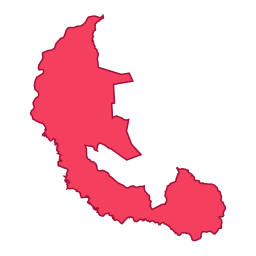 outline of Jussara, Goiás, Brazil
{"feature_id": "56859067B37096608449564", "entity_name": "Jussara", "entity_type": "district", "adm_level": 2, "iso_a3": "BRA", "parent_name": "Brazil", "parent_adm1": "Goiás", "projection": "mercator", "projection_center": [-51.315, -15.527], "detail": "fine", "context": "isolated", "style": "filled", "palette": "rose", "viewbox_px": 256, "rotation_deg": 0, "n_neighbors": 0, "source": "geoboundaries", "source_scale": "gbopen_adm2", "svg_char_len": 5777}
<svg xmlns="http://www.w3.org/2000/svg" viewBox="0 0 256 256"><path d="M32.7,118.9L38.7,122.2L43.2,123.7L45.1,126.5L45.6,127.2L45.6,128.8L46.0,129.6L45.2,129.7L45.7,130.4L45.1,131.1L44.9,132.3L44.1,132.8L44.0,133.7L43.0,133.9L42.7,135.3L44.7,134.5L43.9,135.7L44.7,136.1L46.3,135.4L46.2,136.1L46.7,137.2L48.3,138.0L49.6,140.2L50.4,140.8L51.5,140.5L53.8,138.5L55.3,140.1L54.5,141.0L54.5,141.8L55.1,142.3L55.1,144.7L56.0,144.9L55.9,143.8L56.8,143.0L57.3,143.6L58.0,146.0L57.0,146.8L56.9,147.8L57.5,148.6L56.7,149.4L57.1,150.9L58.7,151.6L58.5,152.5L57.6,153.5L60.8,154.6L60.8,155.2L59.9,156.0L59.7,156.8L59.6,158.3L60.2,159.9L61.6,160.8L61.0,161.3L60.1,160.5L59.4,160.3L59.4,161.2L58.2,161.8L57.9,162.7L58.3,163.4L58.2,165.7L59.3,166.1L60.1,165.8L61.2,166.8L66.9,168.8L68.0,170.5L66.6,173.2L66.5,174.1L67.0,175.2L66.7,175.9L65.8,176.4L64.3,176.3L65.0,177.0L66.1,177.4L66.0,179.0L65.1,179.8L65.0,180.6L65.3,181.3L66.2,182.2L66.8,181.7L66.2,180.8L67.1,180.7L67.7,180.1L68.0,180.7L68.6,180.8L69.3,182.6L68.6,182.5L67.2,183.4L66.9,184.3L67.8,185.4L67.2,186.2L67.5,187.4L67.1,188.7L67.9,188.2L68.9,188.7L73.9,188.5L75.4,189.8L76.8,190.0L77.4,190.6L76.8,191.3L78.7,191.7L80.0,193.0L81.3,197.6L84.0,197.5L85.5,197.2L85.9,196.3L86.6,196.0L86.4,196.8L86.9,197.2L87.5,196.2L88.4,196.5L88.1,197.4L89.0,197.8L89.7,198.5L88.9,199.0L88.7,200.5L87.6,201.9L88.0,202.9L89.4,202.6L89.9,203.0L89.1,203.4L89.3,204.0L90.4,204.0L90.9,204.3L91.9,205.6L93.0,206.3L93.1,207.2L94.1,207.2L94.4,207.8L93.6,208.2L93.5,208.8L94.1,209.1L94.6,208.5L95.3,208.6L94.9,209.4L95.3,209.9L96.2,209.0L96.9,209.5L96.9,210.3L97.5,210.8L97.1,212.3L98.5,212.7L99.3,214.8L100.0,215.3L102.7,216.2L103.5,215.8L105.4,213.8L108.7,213.3L109.1,215.0L110.1,215.5L111.4,215.4L112.1,216.3L112.8,215.7L112.9,217.1L112.5,217.6L112.6,218.3L113.9,217.8L113.6,219.2L113.9,219.8L115.1,220.4L116.1,219.6L118.5,220.4L121.0,223.2L121.9,223.7L123.6,222.2L123.6,221.3L124.4,220.9L127.0,218.2L128.5,217.3L129.2,217.8L129.8,217.0L131.0,216.6L131.4,217.4L132.2,217.2L133.2,217.7L133.6,220.0L134.8,221.3L136.4,221.6L137.8,221.1L138.3,220.4L139.9,219.2L140.9,219.7L142.6,219.7L143.3,220.0L143.1,220.6L143.8,220.5L144.4,220.1L144.8,219.1L145.5,218.8L146.0,219.1L146.2,220.0L147.3,221.0L148.1,220.6L149.6,221.9L152.0,220.9L153.1,221.0L155.5,222.8L156.7,222.3L157.8,222.6L158.4,223.1L158.8,224.5L160.1,224.7L160.5,223.9L162.7,222.4L163.7,222.7L164.2,223.8L166.0,224.3L169.8,226.9L171.2,229.3L172.6,229.5L174.3,231.8L175.2,232.3L175.1,232.9L175.8,233.4L176.7,233.2L177.8,234.9L179.5,235.4L180.7,234.4L181.3,233.2L182.9,232.6L183.8,232.9L185.7,232.6L186.1,233.4L189.1,233.7L191.0,236.0L192.2,239.6L192.7,240.1L194.3,240.6L196.2,240.2L200.4,238.3L201.3,236.0L200.9,234.9L201.0,233.9L202.8,231.6L206.9,232.1L209.1,231.2L209.7,231.4L211.9,232.0L213.4,233.7L214.8,234.0L216.6,232.0L219.1,228.3L221.0,228.3L221.4,227.7L221.3,224.8L221.9,222.3L221.4,219.8L219.3,217.7L219.3,216.8L220.0,216.5L221.1,217.0L223.3,216.2L223.7,215.2L223.3,214.0L223.4,212.5L224.2,210.6L225.2,209.2L225.4,208.1L225.2,206.6L224.1,205.4L223.0,202.3L222.1,202.0L221.2,200.7L221.0,199.7L221.6,196.4L220.5,194.4L220.4,192.5L220.0,191.8L219.3,191.1L217.9,190.7L217.2,187.8L214.4,185.2L211.7,184.1L209.0,184.2L205.3,183.7L204.2,184.0L203.0,182.9L201.9,183.5L201.2,183.1L199.8,182.9L199.2,181.0L198.5,180.6L195.3,180.4L194.2,179.3L194.4,177.3L192.5,175.3L191.8,175.5L192.0,174.6L188.8,172.4L188.0,171.5L188.3,170.5L185.5,169.3L181.8,168.7L180.6,169.3L179.7,169.3L178.5,169.0L177.4,167.7L176.8,168.0L178.8,171.6L178.9,173.4L178.1,173.7L176.1,179.3L175.7,181.5L170.3,183.6L170.0,184.7L167.2,186.3L167.5,187.4L166.5,189.2L166.5,190.2L165.9,191.2L165.2,191.7L165.6,192.7L165.0,195.6L165.3,196.6L166.2,197.5L166.7,200.5L166.6,201.2L165.0,203.5L165.4,204.2L162.1,204.4L152.2,209.4L150.0,205.9L150.8,205.3L150.4,204.1L150.6,202.4L151.2,201.4L149.6,200.1L149.3,199.4L149.6,197.6L149.0,195.1L147.9,194.7L144.6,190.5L144.1,187.6L144.3,185.9L141.7,186.6L139.4,186.4L137.8,187.3L134.8,187.0L133.6,185.9L132.9,185.9L130.1,186.6L128.7,187.6L127.4,187.9L126.2,187.7L123.7,185.7L118.5,183.1L116.7,181.9L111.7,177.4L109.6,176.0L108.4,173.4L106.6,172.0L102.9,170.4L98.9,170.8L97.6,170.1L96.9,168.8L96.8,165.9L96.2,165.2L96.1,164.2L93.4,161.8L92.5,161.8L90.9,161.3L89.7,159.7L88.2,159.2L87.1,157.5L86.6,155.4L86.5,149.1L85.1,145.4L92.3,146.4L93.8,147.7L94.6,149.7L97.4,150.9L96.7,149.4L97.2,147.8L97.4,145.8L98.0,144.5L100.0,143.0L104.8,145.1L108.9,148.3L110.8,148.7L126.7,160.0L141.1,154.6L131.6,144.4L126.5,131.0L128.7,119.5L126.8,120.1L123.7,119.6L122.4,118.3L116.3,115.9L115.3,116.4L114.4,116.5L112.5,118.0L111.7,103.3L114.5,103.1L113.5,84.4L132.8,81.1L129.2,73.2L121.6,74.4L120.6,74.2L98.4,67.4L98.0,66.9L98.2,66.1L97.7,61.1L97.2,59.1L98.4,53.9L97.8,52.5L97.2,52.0L96.9,49.7L95.1,48.3L94.7,47.3L95.0,46.4L93.8,44.4L93.4,42.1L92.6,41.4L93.2,41.0L92.3,40.4L92.7,39.6L92.3,38.9L92.8,37.7L92.7,36.9L93.4,36.6L92.8,35.7L92.8,34.0L93.3,32.2L94.3,30.4L95.2,30.2L95.5,28.8L94.8,27.8L94.8,27.0L95.4,25.8L95.0,24.4L95.4,23.5L96.4,22.9L97.6,21.5L99.6,20.7L100.2,19.6L103.4,18.1L103.0,15.4L101.4,17.1L100.0,17.6L99.0,17.6L97.1,16.6L94.0,16.0L88.7,17.0L87.9,17.7L85.2,22.8L81.5,25.6L80.3,26.1L77.1,26.3L74.1,27.6L69.8,27.5L68.1,28.0L66.7,29.3L64.1,36.6L63.6,37.3L60.7,38.4L56.6,42.8L56.0,43.7L54.6,47.9L54.1,48.5L51.8,50.0L48.3,50.5L43.9,52.2L43.1,52.5L42.5,53.4L42.4,54.4L42.8,55.8L42.7,58.8L39.0,64.9L38.3,68.3L38.9,69.7L39.6,69.9L41.9,69.5L42.9,69.8L43.5,70.4L43.7,71.9L42.7,73.6L36.7,77.3L34.9,81.9L34.3,85.4L35.0,89.2L35.9,90.3L38.0,91.8L38.8,95.1L38.1,96.6L36.0,97.9L34.9,99.2L33.1,102.7L33.2,104.3L34.3,106.5L34.2,107.6L33.5,108.9L31.5,110.8L30.6,113.2L30.9,114.5L32.4,116.4L32.7,118.9ZM96.9,209.5L96.6,208.6L97.0,207.9L98.0,207.8L98.1,208.9L96.9,209.5Z" fill="#f43f5e" stroke="#9f1239" stroke-width="1.5"/></svg>